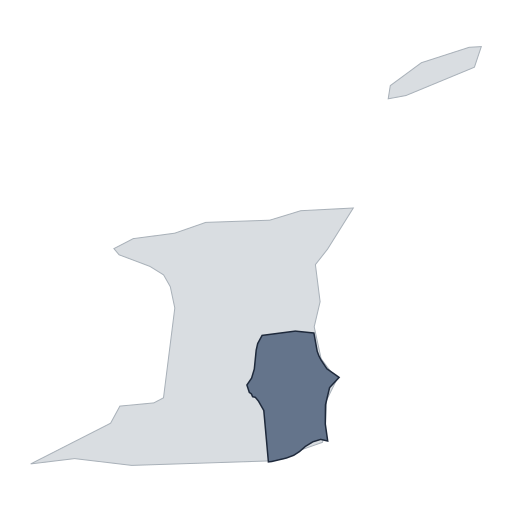 Rio Claro-Mayaro on a map of Trinidad and Tobago (Mercator projection)
{"feature_id": "TTO-55", "entity_name": "Rio Claro-Mayaro", "entity_type": "Region", "adm_level": 1, "iso_a3": "TTO", "parent_name": "Trinidad and Tobago", "parent_adm1": "", "projection": "mercator", "projection_center": [-61.112, 10.272], "detail": "fine", "context": "in_parent", "style": "filled", "palette": "slate", "viewbox_px": 512, "rotation_deg": 0, "n_neighbors": 0, "source": "natural_earth", "source_scale": "10m", "svg_char_len": 1025}
<svg xmlns="http://www.w3.org/2000/svg" viewBox="0 0 512 512"><path d="M322.5,442.3L269.6,460.9L131.7,465.4L74.6,458.6L30.7,463.9L110.6,423.2L119.9,406.1L153.8,402.9L163.5,397.8L174.8,308.0L170.3,286.7L163.6,274.9L149.9,266.4L119.1,254.8L113.9,248.6L133.3,238.6L174.7,233.2L205.7,222.4L269.7,220.2L300.8,210.7L353.3,208.0L327.5,249.2L315.4,264.6L320.1,301.7L314.2,326.8L321.1,358.7L336.7,379.6L326.6,400.1L325.1,431.2L322.5,442.3ZM406.0,95.5L388.2,98.8L390.3,85.6L421.4,62.7L469.1,47.3L481.3,46.6L474.4,67.2L406.0,95.5Z" fill="#d9dde1" stroke="#a8b0b8" stroke-width="1"/><path d="M313.9,333.0L317.2,351.3L318.9,355.9L321.1,360.1L326.9,368.8L339.1,377.4L329.6,387.6L325.5,404.7L325.3,424.1L327.7,441.0L320.7,439.4L312.9,441.8L305.4,446.4L299.7,451.4L293.9,455.2L286.5,458.0L271.8,461.5L268.4,461.9L263.8,410.5L258.4,401.0L255.3,397.3L252.6,396.7L251.4,393.9L249.3,392.4L246.9,385.0L251.6,378.1L254.3,369.1L256.2,350.1L257.7,343.5L262.1,335.4L295.3,331.1L313.9,333.0Z" fill="#64748b" stroke="#1e293b" stroke-width="1.5"/></svg>